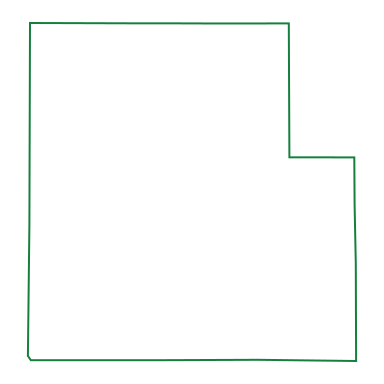 Wood, Wisconsin, United States of America
{"feature_id": "52423323B58004100202337", "entity_name": "Wood", "entity_type": "district", "adm_level": 2, "iso_a3": "USA", "parent_name": "United States of America", "parent_adm1": "Wisconsin", "projection": "albers", "projection_center": [-90.031, 44.466], "detail": "fine", "context": "isolated", "style": "outline", "palette": "green", "viewbox_px": 384, "rotation_deg": 0, "n_neighbors": 0, "source": "geoboundaries", "source_scale": "gbopen_adm2", "svg_char_len": 320}
<svg xmlns="http://www.w3.org/2000/svg" viewBox="0 0 384 384"><path d="M30.0,23.0L29.4,224.3L27.9,355.9L30.8,360.2L159.1,360.2L257.6,359.8L257.8,359.8L356.1,361.0L355.8,263.8L354.6,205.2L354.3,157.4L289.4,157.3L288.8,23.4L223.4,23.5L160.0,23.3L126.9,23.3L30.0,23.0Z" fill="none" stroke="#15803d" stroke-width="2"/></svg>